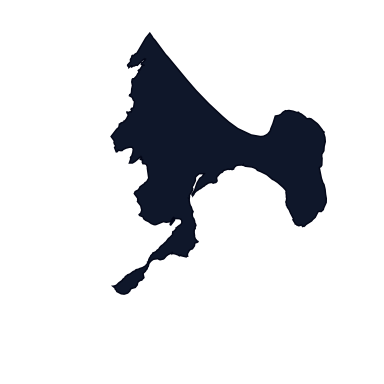 the district of As Salif, Al Hudaydah, Yemen, rotated 211°
{"feature_id": "15242507B64792839712750", "entity_name": "As Salif", "entity_type": "district", "adm_level": 2, "iso_a3": "YEM", "parent_name": "Yemen", "parent_adm1": "Al Hudaydah", "projection": "orthographic", "projection_center": [42.691, 15.273], "detail": "fine", "context": "isolated", "style": "filled", "palette": "ink", "viewbox_px": 384, "rotation_deg": 211, "n_neighbors": 0, "source": "geoboundaries", "source_scale": "gbopen_adm2", "svg_char_len": 6075}
<svg xmlns="http://www.w3.org/2000/svg" viewBox="0 0 384 384"><g transform="rotate(211 192 192)"><path d="M310.9,300.1L310.7,282.7L311.7,281.1L312.4,278.7L313.4,278.4L313.6,278.0L312.8,275.0L313.1,274.6L313.0,273.8L311.7,272.2L312.6,267.8L312.2,267.1L310.5,266.6L310.2,266.2L309.6,268.1L308.8,269.1L308.2,268.1L307.5,269.1L307.2,269.9L306.4,270.3L305.4,271.9L304.1,272.4L302.8,278.2L302.0,280.2L301.1,282.0L300.3,282.0L300.3,280.0L300.8,278.1L301.7,276.5L301.2,275.3L298.7,276.1L298.5,275.8L299.8,275.1L299.5,272.7L299.8,271.6L299.4,270.2L300.2,269.8L300.6,268.4L299.3,267.9L299.4,267.5L299.0,266.7L299.4,265.7L299.2,262.9L300.0,259.3L301.2,258.4L301.2,257.6L300.3,255.3L297.8,252.6L296.7,249.2L295.4,246.7L295.0,245.7L294.8,244.1L295.5,243.4L295.2,242.3L292.0,242.4L289.6,240.6L287.9,240.1L285.6,234.5L286.1,233.0L286.9,232.5L286.8,231.4L285.7,230.9L285.5,229.4L286.6,228.6L287.5,227.4L288.9,227.1L288.6,226.4L287.3,226.0L286.1,224.8L285.8,221.0L286.1,218.4L286.8,217.8L286.5,217.1L286.8,216.5L288.4,214.6L288.7,213.3L289.2,212.9L288.2,210.4L288.1,208.9L288.6,208.0L288.9,206.8L289.9,197.9L284.9,195.8L284.3,194.2L283.1,193.1L282.5,193.1L281.4,192.3L281.1,191.1L281.3,190.3L277.6,187.4L277.0,187.8L276.7,188.8L276.8,189.9L274.7,190.6L273.3,191.5L272.9,193.0L271.2,195.6L268.4,198.4L266.4,199.5L264.5,198.7L263.0,195.3L262.2,191.9L262.5,190.6L262.4,189.6L261.6,189.3L260.6,184.6L258.0,186.2L256.7,188.6L254.1,196.2L253.1,195.9L253.0,194.4L253.2,193.5L252.1,193.5L251.8,194.2L251.1,194.4L249.9,191.9L248.6,191.0L246.6,192.1L245.0,192.0L243.1,190.5L242.6,189.5L236.2,181.6L236.1,177.5L237.1,175.6L237.0,174.8L239.2,169.6L239.0,168.3L239.1,166.1L240.9,163.1L240.6,160.9L235.3,158.7L234.7,157.6L234.2,157.4L233.9,155.8L228.9,153.9L225.7,150.6L225.0,147.5L225.7,145.4L224.9,144.9L221.2,145.5L219.5,144.2L217.1,143.9L214.2,144.3L210.7,144.0L207.7,144.5L206.2,145.4L201.3,151.9L198.5,152.8L195.5,155.2L195.2,156.6L195.0,160.4L194.6,160.9L194.0,160.7L193.9,160.1L193.9,158.0L194.3,156.7L194.1,155.6L194.2,153.3L193.9,152.8L193.2,152.8L192.5,158.7L193.0,160.0L192.8,160.6L189.2,162.6L187.3,162.9L185.9,162.1L184.7,160.1L184.9,158.0L185.3,157.2L185.5,157.1L186.6,154.3L186.7,153.2L187.0,153.1L186.8,152.8L186.7,151.6L187.1,149.3L187.9,148.3L187.9,147.7L187.3,146.9L187.3,146.4L186.9,146.1L186.7,145.2L187.6,141.4L188.2,140.1L188.6,135.4L188.9,135.2L189.7,132.0L190.6,130.0L191.1,127.7L191.0,126.0L192.0,123.8L191.9,123.1L192.4,121.9L194.1,119.5L193.9,119.3L194.0,118.3L194.5,116.2L194.3,115.1L194.4,113.4L194.2,111.9L193.6,109.9L194.0,109.0L193.1,108.5L193.7,106.0L193.6,105.1L195.4,101.7L197.7,99.1L197.8,98.5L199.6,96.9L200.2,95.9L200.1,95.2L201.4,93.6L202.9,89.8L204.6,87.7L204.4,87.4L204.5,87.1L205.6,85.2L205.3,84.2L206.4,81.2L206.2,80.4L207.9,76.5L208.7,73.2L210.2,71.3L211.3,70.5L209.2,70.2L208.3,69.9L207.9,69.3L206.5,68.9L205.1,68.0L200.3,68.3L197.6,69.5L196.8,70.3L195.1,72.3L194.4,75.1L194.6,76.4L194.4,77.9L191.5,81.0L191.1,84.2L191.8,86.0L191.9,87.1L191.2,88.9L190.4,90.1L189.9,90.4L189.6,90.9L189.7,91.8L189.3,92.7L189.1,93.8L191.4,96.2L191.9,96.9L191.9,97.5L191.2,100.0L191.2,102.2L190.9,102.7L191.4,104.7L191.2,105.6L192.1,108.4L191.8,111.1L191.2,112.9L190.4,114.5L188.3,116.2L186.9,117.3L185.2,117.3L184.3,117.6L182.0,119.9L181.7,120.6L181.1,124.0L180.2,126.2L178.9,128.1L177.3,129.1L178.2,130.7L177.2,129.0L177.1,129.3L174.5,130.3L170.8,131.0L170.6,130.8L169.8,130.9L169.3,132.0L168.8,132.2L168.6,131.8L163.5,133.4L163.3,134.2L163.6,134.2L162.7,134.7L163.6,135.7L164.2,137.4L164.2,141.0L163.1,142.8L162.4,143.5L162.2,147.1L163.2,149.4L162.7,150.7L162.0,151.0L161.3,152.2L161.4,152.7L162.5,152.6L165.2,153.6L167.1,155.2L167.2,155.7L169.4,158.5L170.8,161.1L170.4,162.0L170.5,162.5L171.5,163.9L171.3,165.1L172.3,166.2L174.0,167.2L174.8,168.4L176.7,170.0L178.3,170.6L179.3,171.6L181.0,174.0L181.2,174.7L180.8,174.7L181.0,175.8L182.6,176.6L184.9,178.7L186.5,179.5L188.1,180.9L190.0,183.2L190.9,184.8L191.5,184.9L191.2,185.1L191.3,185.7L191.9,186.9L192.6,187.7L192.5,193.9L193.1,195.2L194.1,195.8L194.6,196.9L194.4,198.0L195.0,203.4L196.6,206.2L196.5,207.6L195.4,211.3L190.9,214.1L191.2,210.3L192.3,207.8L192.3,202.4L190.6,194.8L190.9,190.3L190.6,189.5L189.6,189.6L189.4,189.3L189.2,190.9L189.4,192.2L188.9,194.8L187.8,196.9L187.6,197.8L186.5,199.3L185.5,202.0L184.6,203.4L184.4,204.5L182.5,208.3L179.9,210.6L179.3,210.4L178.4,210.5L176.9,212.2L176.6,212.3L176.3,213.1L176.2,214.4L178.1,216.5L178.6,218.3L178.1,219.3L178.0,220.6L177.4,223.1L176.3,224.4L175.9,226.8L172.7,230.4L171.9,230.4L170.2,231.8L169.2,231.8L168.9,232.4L168.2,233.0L168.4,233.3L168.3,235.5L167.6,237.5L166.1,238.9L163.4,240.7L162.3,241.1L162.2,241.7L161.9,241.2L160.7,241.6L159.7,241.5L153.8,244.2L151.0,244.8L148.7,244.9L147.1,244.3L143.6,244.9L137.8,245.4L136.3,245.4L129.7,244.3L127.5,244.5L123.4,244.3L116.3,243.0L113.3,242.1L112.1,241.6L111.7,241.2L111.2,240.0L109.3,237.7L108.5,236.2L107.7,235.6L106.7,233.4L106.4,231.8L105.2,230.7L104.2,229.3L102.9,228.7L102.4,228.1L99.5,226.8L96.8,224.8L91.4,221.5L91.0,221.0L91.2,220.2L87.4,218.2L87.1,217.8L85.8,218.0L85.1,217.7L84.5,218.0L83.5,217.9L82.7,218.4L81.4,220.0L80.9,220.1L79.4,219.4L79.0,220.1L78.3,220.2L77.8,221.5L77.6,222.8L74.6,228.8L74.4,230.4L73.4,233.7L73.8,239.7L73.4,240.7L71.2,241.8L70.4,244.5L70.9,246.1L71.6,252.1L73.5,255.5L76.4,258.9L79.4,262.9L82.8,266.4L84.6,267.3L88.2,270.4L95.1,278.0L95.4,278.7L94.6,280.2L94.6,281.9L97.9,287.9L99.1,289.2L100.2,291.2L100.2,295.2L102.2,299.1L103.7,303.8L106.2,307.3L109.7,310.5L109.6,311.4L111.2,311.6L112.4,312.3L118.2,314.6L120.0,315.1L127.6,316.0L129.2,315.5L130.9,314.2L131.7,313.9L133.7,314.6L138.5,315.1L140.8,314.8L141.5,315.2L142.1,315.1L142.4,314.6L143.1,314.1L147.0,313.3L150.9,311.8L153.1,310.0L153.8,309.8L155.2,307.0L155.6,304.7L156.9,302.5L159.7,300.0L157.8,292.2L157.0,286.8L156.6,285.6L156.4,284.1L156.9,280.8L157.9,278.8L159.5,276.5L161.8,274.8L170.6,271.4L185.4,269.9L196.6,270.9L205.0,272.4L223.3,276.3L240.8,281.0L253.6,285.2L282.6,295.4L285.5,296.2L301.6,302.9L304.9,303.9L306.6,304.9L310.0,306.4L310.9,300.1Z" fill="#0f172a" stroke="#020617" stroke-width="1.5"/></g></svg>